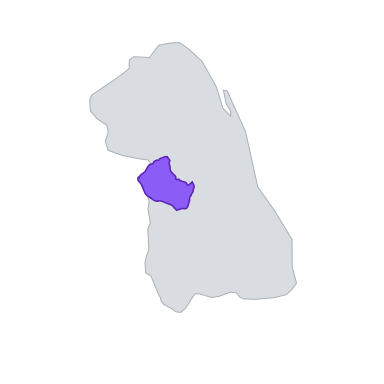 Cabañas highlighted on a map of El Salvador, rotated 225°
{"feature_id": "SLV-1344", "entity_name": "Cabañas", "entity_type": "Department", "adm_level": 1, "iso_a3": "SLV", "parent_name": "El Salvador", "parent_adm1": "", "projection": "equal_earth", "projection_center": [-88.722, 13.882], "detail": "fine", "context": "in_parent", "style": "filled", "palette": "violet", "viewbox_px": 384, "rotation_deg": 225, "n_neighbors": 0, "source": "natural_earth", "source_scale": "10m", "svg_char_len": 2469}
<svg xmlns="http://www.w3.org/2000/svg" viewBox="0 0 384 384"><g transform="rotate(225 192 192)"><path d="M139.4,94.9L142.3,95.6L161.8,103.6L167.6,102.1L174.9,108.5L178.5,113.6L181.6,120.5L197.0,134.5L199.6,140.6L211.1,148.8L215.7,155.1L220.6,157.7L230.2,160.1L238.4,163.5L239.4,165.8L240.2,175.1L241.9,183.0L245.9,183.5L250.6,179.7L266.0,169.2L280.6,162.1L288.9,166.3L293.7,175.1L299.3,179.0L310.9,176.6L321.3,177.4L329.6,185.1L331.5,189.6L326.5,215.1L324.7,226.0L323.8,235.3L326.8,237.7L329.7,241.3L329.0,246.3L320.0,254.5L317.2,256.6L319.3,272.4L312.6,282.0L306.5,288.8L295.6,290.7L277.3,291.5L249.6,283.7L229.3,273.1L218.3,273.0L221.7,276.5L230.4,278.7L241.8,286.2L238.6,288.3L197.1,272.7L149.1,242.1L120.5,237.2L87.7,229.2L68.3,209.9L53.7,201.5L52.5,194.2L52.7,186.1L59.3,175.2L71.6,160.6L79.8,153.0L83.6,151.5L89.0,152.3L94.2,148.1L98.7,138.0L103.3,131.5L115.1,124.9L117.8,122.3L116.9,116.7L114.4,105.7L114.8,99.0L118.6,95.9L123.2,95.3L132.8,92.5L137.0,93.1L139.4,94.9Z" fill="#d9dde1" stroke="#a8b0b8" stroke-width="1"/><path d="M217.7,158.3L217.6,158.6L218.4,158.2L221.3,157.6L224.3,157.9L233.1,161.6L238.3,162.1L239.4,162.7L240.4,164.1L240.4,164.6L240.3,164.9L240.3,165.0L240.2,165.1L239.6,165.0L239.8,165.4L240.4,167.1L240.3,168.9L239.9,170.8L239.6,173.2L240.0,174.7L241.2,178.8L241.3,181.3L240.3,183.5L240.1,183.8L239.6,184.4L240.3,186.3L240.1,188.2L239.3,189.8L238.1,190.8L238.3,193.0L237.2,195.2L236.1,197.9L234.3,199.6L233.2,199.2L230.2,198.7L229.8,198.5L229.6,198.3L229.4,197.9L229.3,197.6L229.2,196.7L229.0,196.4L228.7,196.1L227.9,195.8L227.6,195.7L226.8,195.1L225.6,194.5L225.3,194.3L223.1,192.2L222.9,192.1L221.6,191.7L220.0,191.6L219.2,191.5L215.5,191.5L214.7,191.4L214.1,191.2L212.4,189.6L212.0,189.7L211.6,189.9L211.0,191.0L210.7,191.5L210.3,191.8L209.6,191.8L208.7,191.5L208.0,191.8L204.3,193.9L203.2,194.3L202.4,194.5L201.2,194.0L200.5,193.8L199.8,193.7L199.4,194.3L199.2,194.8L199.0,199.3L195.0,197.9L194.0,197.1L193.8,196.7L193.1,195.2L192.0,193.6L191.5,192.7L191.2,192.1L191.1,191.0L190.9,190.4L190.3,189.1L190.2,188.4L190.1,187.7L189.7,186.5L189.1,185.7L188.2,184.8L187.4,183.8L185.2,179.6L184.6,178.3L184.3,177.3L184.4,176.8L184.5,176.4L184.6,176.0L184.8,175.6L184.9,175.4L185.2,175.1L186.7,173.9L187.2,173.5L187.6,172.9L187.9,172.2L188.1,171.9L189.8,168.3L193.2,168.2L196.3,168.6L197.9,168.0L199.6,167.2L206.8,164.1L208.2,163.2L209.0,162.5L209.9,160.9L212.3,159.4L217.7,158.3Z" fill="#8b5cf6" stroke="#5b21b6" stroke-width="1.5"/></g></svg>